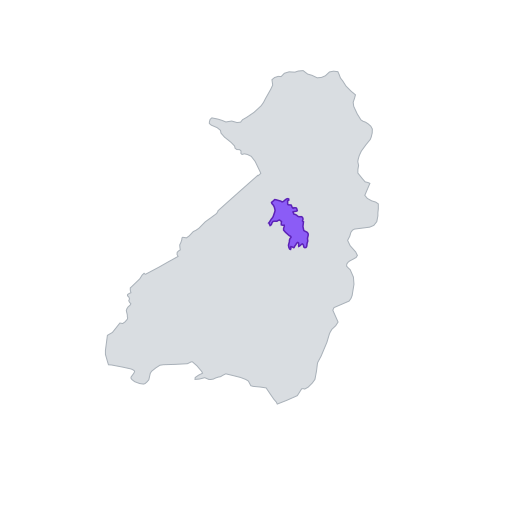 where Sanguié sits in Burkina Faso, rotated 139°
{"feature_id": "BFA-2819", "entity_name": "Sanguié", "entity_type": "Province", "adm_level": 1, "iso_a3": "BFA", "parent_name": "Burkina Faso", "parent_adm1": "", "projection": "albers", "projection_center": [-2.62, 12.212], "detail": "fine", "context": "in_parent", "style": "filled", "palette": "violet", "viewbox_px": 512, "rotation_deg": 139, "n_neighbors": 0, "source": "natural_earth", "source_scale": "10m", "svg_char_len": 4968}
<svg xmlns="http://www.w3.org/2000/svg" viewBox="0 0 512 512"><g transform="rotate(139 256 256)"><path d="M370.6,314.4L358.7,315.0L354.4,316.3L351.8,316.4L351.7,315.3L351.4,314.7L336.3,311.2L325.8,309.1L315.1,306.8L314.5,309.1L313.0,310.5L310.7,310.6L309.1,310.3L308.0,312.1L306.3,314.4L303.8,315.5L301.4,316.9L300.0,318.2L299.0,318.2L296.6,315.3L293.3,315.0L287.3,315.6L284.5,314.8L280.8,314.4L272.0,315.1L257.9,313.9L255.6,314.6L255.0,315.1L241.1,315.3L225.8,315.5L213.0,315.6L201.8,315.7L201.8,315.2L198.2,315.2L197.8,316.2L194.6,327.9L194.2,334.3L195.9,338.3L197.8,340.8L199.9,341.8L200.1,343.3L198.4,345.1L198.6,347.0L200.6,348.9L201.1,351.0L200.0,353.1L200.3,358.3L201.8,366.4L201.8,371.7L200.4,374.1L201.1,378.3L203.9,384.1L204.3,386.6L203.3,387.7L201.0,389.2L198.7,389.2L196.0,385.7L194.8,384.1L192.6,380.5L190.8,376.9L188.2,375.3L185.8,373.8L182.8,369.2L179.8,367.1L176.8,367.7L172.3,366.8L163.2,365.7L153.5,366.0L149.5,367.0L145.5,368.6L135.4,372.2L131.3,374.0L128.3,378.6L124.9,378.5L121.4,377.0L119.3,374.9L114.7,375.3L110.2,373.3L106.0,369.2L102.8,367.9L98.8,365.0L97.7,359.5L95.2,355.6L92.9,350.3L89.4,347.8L85.4,346.5L79.8,346.7L76.2,344.6L73.3,341.4L74.1,338.7L75.5,334.9L75.7,331.2L76.6,325.2L76.1,317.7L75.2,312.4L78.3,310.3L81.8,308.3L84.1,304.8L86.4,296.8L87.5,289.9L86.8,287.4L85.6,285.3L84.7,282.3L84.2,278.7L84.9,275.5L87.6,272.6L91.0,270.2L93.3,269.0L99.7,267.9L107.6,266.1L112.1,264.1L115.4,262.0L117.3,260.4L119.2,257.0L122.3,254.5L124.7,251.8L125.0,244.5L125.0,240.4L123.3,238.0L122.4,236.1L134.1,230.4L134.2,226.4L132.6,221.9L130.3,218.2L129.5,215.1L132.7,211.4L135.6,208.7L137.7,206.3L142.3,202.7L147.0,201.8L151.3,203.2L164.0,211.7L166.2,212.2L168.9,211.6L172.3,209.4L176.6,207.7L178.2,202.0L178.1,193.7L179.1,189.9L181.4,189.2L188.7,190.8L190.6,190.9L192.7,190.4L194.3,188.9L194.2,186.2L193.9,183.9L196.3,176.2L200.6,170.4L209.4,163.1L212.1,161.7L215.3,160.9L231.0,165.9L233.6,164.7L237.4,152.3L241.6,151.1L246.8,150.9L250.1,149.8L251.8,149.0L259.2,144.3L272.4,137.8L279.4,135.1L280.8,134.0L285.8,129.5L292.5,124.2L296.8,123.2L302.7,122.8L306.5,123.6L307.5,125.0L308.7,125.8L316.4,123.5L327.5,126.9L337.1,130.3L336.5,132.5L336.5,136.3L335.8,142.5L334.9,149.8L338.9,154.5L343.7,159.5L345.0,161.5L343.8,166.6L344.7,169.5L347.3,174.4L351.6,180.6L356.1,186.9L359.1,187.7L362.0,188.2L363.8,189.3L366.4,190.4L368.9,191.1L371.2,192.5L372.6,193.8L374.5,197.8L379.5,200.3L383.0,202.9L381.6,204.2L377.3,203.7L373.2,202.6L372.7,204.5L372.6,211.8L373.4,217.8L374.3,218.6L378.4,219.7L388.3,227.4L397.2,234.7L400.2,236.6L405.1,237.3L410.5,237.5L412.8,236.8L418.1,232.9L420.9,232.5L423.5,232.5L424.9,233.1L427.5,236.1L430.0,240.7L430.7,244.1L430.5,245.9L429.7,246.6L425.4,247.6L423.5,248.3L423.1,249.3L423.8,251.6L424.6,253.0L429.5,259.6L436.5,268.5L438.7,270.7L437.5,273.4L434.2,280.5L431.6,283.5L420.2,293.6L414.5,292.5L402.7,294.7L400.9,292.5L398.1,292.2L394.6,292.7L393.4,293.5L393.0,294.5L391.8,295.9L389.7,299.9L388.0,300.9L385.9,301.5L383.3,301.5L381.8,302.0L381.8,304.0L381.4,305.7L379.6,306.6L378.9,308.5L379.1,310.3L378.1,311.2L375.8,310.8L374.5,310.3L373.3,312.7L371.8,314.4L370.6,314.4Z" fill="#d9dde1" stroke="#a8b0b8" stroke-width="1"/><path d="M195.8,267.6L195.6,267.6L195.3,267.0L194.6,266.5L194.2,266.1L194.1,265.5L194.2,265.0L194.6,264.1L194.7,263.9L195.1,263.1L196.1,263.3L198.7,264.9L199.2,265.0L199.4,264.5L199.5,264.0L199.9,262.9L199.9,262.6L199.3,261.9L198.8,260.9L198.5,259.9L198.5,259.2L198.2,258.0L197.5,257.2L195.8,255.8L195.6,254.9L195.8,253.8L196.4,252.9L197.9,252.0L197.9,251.1L197.7,250.7L201.2,247.5L203.2,243.9L202.9,242.9L202.3,241.6L201.8,240.1L202.0,238.7L202.6,237.8L203.4,237.1L204.6,236.3L205.7,235.4L207.1,233.3L208.9,232.2L210.2,231.1L210.8,230.5L211.8,229.8L212.3,229.7L212.9,229.7L213.8,230.4L214.0,231.5L213.3,232.6L212.9,233.8L213.1,234.8L214.4,235.0L216.4,234.9L217.5,235.2L217.1,235.9L216.0,236.9L215.3,238.1L215.6,238.9L216.3,239.0L217.7,238.7L218.9,238.3L219.7,238.2L221.8,237.4L222.1,237.5L222.3,238.1L222.8,239.2L223.4,240.2L224.0,240.0L224.5,239.0L225.6,238.3L226.1,239.2L225.5,241.1L224.4,242.9L221.4,244.9L220.3,246.1L218.8,246.9L217.3,247.1L216.9,247.9L217.1,248.8L217.5,249.2L218.2,254.5L218.2,257.4L217.0,258.8L215.2,259.8L214.5,260.7L215.7,261.7L216.5,262.9L215.5,264.1L214.6,264.9L214.2,265.2L214.3,266.2L214.7,267.8L216.0,268.3L217.4,268.5L219.4,270.3L220.5,270.9L222.0,270.6L223.9,269.6L225.4,269.7L225.1,270.9L224.6,272.1L224.8,272.6L223.6,272.8L220.3,273.8L218.8,274.0L217.2,274.5L212.9,277.0L211.7,277.9L210.9,279.3L210.1,280.9L209.6,282.8L209.6,285.2L209.1,286.3L206.1,286.2L205.1,286.4L204.8,286.3L204.0,285.3L201.3,281.2L200.8,279.7L199.5,279.2L196.7,279.2L195.4,279.0L194.3,278.4L193.9,277.5L194.7,276.6L195.0,276.7L195.6,276.9L196.1,276.9L196.3,276.5L198.1,274.3L198.1,273.6L197.7,273.0L196.9,272.4L196.0,271.3L196.1,270.9L196.5,270.0L196.6,269.7L196.7,269.1L196.8,268.7L196.8,268.2L196.6,267.6L196.4,267.6L195.8,267.6Z" fill="#8b5cf6" stroke="#5b21b6" stroke-width="1.5"/></g></svg>